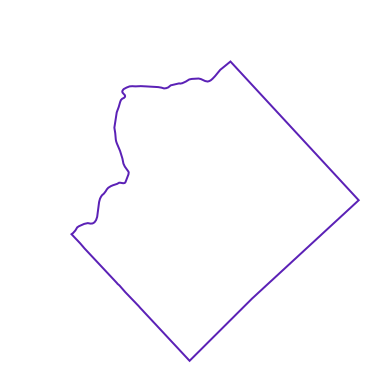 the district of Allamakee, Iowa, United States of America, rotated 227°
{"feature_id": "52423323B44167272336180", "entity_name": "Allamakee", "entity_type": "district", "adm_level": 2, "iso_a3": "USA", "parent_name": "United States of America", "parent_adm1": "Iowa", "projection": "natural_earth1", "projection_center": [-91.21, 43.291], "detail": "fine", "context": "isolated", "style": "outline", "palette": "violet", "viewbox_px": 384, "rotation_deg": 227, "n_neighbors": 0, "source": "geoboundaries", "source_scale": "gbopen_adm2", "svg_char_len": 1370}
<svg xmlns="http://www.w3.org/2000/svg" viewBox="0 0 384 384"><g transform="rotate(227 192 192)"><path d="M243.3,75.1L230.6,75.2L223.9,74.9L176.6,75.0L175.6,74.9L173.2,75.2L164.2,74.9L144.6,75.2L142.8,75.1L136.0,75.1L134.4,75.1L123.0,75.1L104.1,75.1L100.9,75.1L96.5,75.1L78.9,75.1L70.2,75.1L73.1,163.3L72.3,308.3L261.2,309.1L262.1,296.0L261.0,287.7L260.8,284.2L260.9,282.0L261.3,280.4L262.1,278.8L264.2,277.3L268.6,275.5L270.5,274.2L274.9,268.9L276.2,266.7L277.0,262.7L278.2,259.1L279.4,257.2L280.2,256.7L284.5,249.2L284.7,246.0L285.5,244.0L286.8,242.2L289.2,240.8L291.8,238.8L300.8,230.2L304.4,226.7L307.7,222.8L310.1,220.5L311.8,218.4L313.0,215.4L313.8,212.4L313.8,211.6L313.5,210.3L313.0,209.5L312.1,209.0L308.5,208.9L307.7,208.4L307.3,207.8L307.2,206.6L307.8,204.5L307.7,202.7L306.8,200.8L304.1,196.3L301.6,191.3L292.0,179.1L287.4,176.0L282.4,172.1L280.8,171.1L278.8,170.2L271.1,167.4L263.9,163.9L259.5,161.2L256.4,160.2L250.3,159.4L249.4,159.0L248.2,157.5L244.6,150.1L244.5,148.9L245.3,147.7L247.9,145.7L248.5,145.0L249.0,142.8L250.8,138.9L251.6,136.7L252.2,133.7L252.0,131.5L251.4,129.4L250.9,126.4L251.0,124.0L250.6,122.2L249.8,120.1L248.7,118.3L248.0,117.2L238.5,105.7L236.9,102.7L236.4,100.4L236.5,98.9L236.9,97.7L238.1,96.2L240.3,94.6L242.2,91.4L244.1,85.9L244.4,83.9L243.4,80.4L243.1,77.0L243.3,75.1Z" fill="none" stroke="#5b21b6" stroke-width="2"/></g></svg>